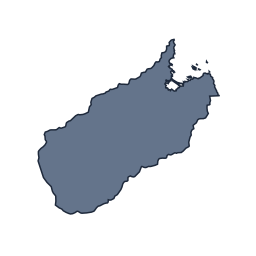 Breiðdalshreppur, Austurland, Iceland (Albers equal-area conic projection), rotated 283°
{"feature_id": "244011B15837177030035", "entity_name": "Breiðdalshreppur", "entity_type": "district", "adm_level": 2, "iso_a3": "ISL", "parent_name": "Iceland", "parent_adm1": "Austurland", "projection": "albers", "projection_center": [-14.121, 64.837], "detail": "fine", "context": "isolated", "style": "filled", "palette": "slate", "viewbox_px": 256, "rotation_deg": 283, "n_neighbors": 0, "source": "geoboundaries", "source_scale": "gbopen_adm2", "svg_char_len": 5991}
<svg xmlns="http://www.w3.org/2000/svg" viewBox="0 0 256 256"><g transform="rotate(283 128 128)"><path d="M82.3,46.6L79.0,47.9L75.8,47.8L75.0,48.2L60.7,56.8L56.8,61.3L53.6,66.4L49.5,68.5L47.7,70.0L45.9,72.4L45.4,72.9L40.5,74.2L36.6,74.6L34.7,78.9L34.1,81.8L32.8,83.6L31.9,86.6L31.4,89.5L31.3,91.3L32.1,93.4L33.6,95.4L35.3,97.0L35.5,97.7L35.5,98.3L34.6,100.9L34.6,102.2L36.0,106.8L37.2,109.8L37.8,111.3L39.2,113.4L39.9,113.9L43.3,115.3L45.2,116.6L45.8,118.0L48.8,121.5L49.9,123.5L50.3,124.7L50.6,125.0L51.5,125.3L53.7,124.9L53.7,125.0L53.6,126.2L54.0,127.6L56.1,130.1L58.7,130.5L60.7,132.6L66.4,134.9L69.2,135.4L72.4,135.5L74.1,136.1L75.2,136.9L75.8,138.6L76.2,139.3L76.8,139.7L79.8,139.1L80.5,139.4L81.8,141.1L81.8,141.5L81.5,142.0L81.5,144.1L81.7,144.7L82.2,145.5L87.9,149.0L93.0,149.7L93.6,150.0L93.7,150.3L93.3,152.4L93.3,153.6L93.7,154.7L95.2,156.6L95.4,158.0L95.7,158.9L97.7,162.7L99.3,164.9L102.6,164.5L104.5,164.9L105.4,165.7L106.4,168.3L106.9,171.0L107.3,171.8L107.8,172.2L110.0,172.3L111.3,173.3L111.4,173.6L111.3,175.0L111.4,175.6L111.8,176.4L114.3,179.1L114.4,179.4L114.3,180.9L115.1,182.0L116.1,185.4L118.0,187.0L121.4,189.0L123.4,191.3L124.2,191.7L127.8,190.4L133.1,190.5L135.3,191.2L137.8,190.3L139.6,190.5L140.9,191.0L142.1,192.3L145.0,190.9L145.5,191.0L148.4,193.4L151.7,194.1L152.6,194.9L153.2,195.9L154.1,199.4L155.3,201.3L160.2,203.0L162.2,201.5L165.1,200.5L167.1,200.1L168.0,200.0L168.9,202.1L169.3,202.5L171.2,202.0L173.3,202.2L177.4,200.4L180.1,210.0L180.4,208.4L182.3,207.5L183.4,206.2L184.6,205.7L185.3,204.8L186.1,204.4L187.3,203.2L189.1,203.0L190.0,201.9L190.7,201.3L192.6,201.3L193.7,200.8L195.0,199.3L196.2,199.1L197.0,197.0L198.9,196.1L199.1,194.7L199.0,194.4L199.7,193.3L199.0,193.9L198.5,193.2L198.7,192.5L198.6,192.0L198.9,190.7L198.6,190.3L198.5,189.7L197.3,189.1L196.3,189.4L195.8,189.2L192.9,186.7L192.6,185.9L192.2,185.9L191.9,185.5L191.8,184.8L192.1,182.8L192.1,180.8L191.7,181.0L190.4,180.2L190.0,179.8L190.0,178.3L188.4,177.9L188.3,177.5L188.4,176.8L188.4,176.5L188.6,175.8L188.6,175.5L188.3,176.0L187.8,176.3L187.0,176.0L186.5,175.5L186.2,173.5L186.2,173.0L185.5,173.2L185.0,172.7L185.4,171.7L185.1,171.8L184.9,172.3L182.7,171.5L182.3,171.9L182.6,172.1L182.6,172.3L181.3,172.4L180.8,170.5L181.0,170.1L180.4,170.8L181.0,168.6L181.3,168.1L180.9,168.0L181.0,168.2L180.7,169.0L179.0,168.9L178.7,168.6L178.5,167.8L177.6,167.5L176.3,166.2L175.3,166.7L175.0,166.5L174.8,165.6L174.5,165.3L174.4,164.5L175.7,161.8L174.1,160.9L174.7,160.6L174.8,160.2L174.1,158.9L174.3,158.5L175.1,158.3L175.6,157.9L175.6,157.5L175.9,157.2L175.8,156.8L175.9,156.6L175.5,156.2L175.7,155.7L177.3,155.3L178.1,155.7L178.9,154.3L179.2,154.1L179.8,154.1L180.1,154.9L180.3,154.6L181.1,154.6L181.8,155.6L182.5,155.2L182.5,154.6L182.7,154.3L183.4,154.4L183.4,154.7L183.1,155.4L182.9,157.3L183.4,157.3L183.4,157.6L180.4,156.7L180.2,157.1L183.5,158.2L183.5,158.8L184.3,158.4L185.3,158.8L184.0,160.9L181.3,167.5L181.1,167.4L181.3,167.6L181.5,167.6L181.4,167.6L182.6,164.4L183.8,162.1L182.9,165.2L182.9,166.1L183.1,166.6L182.7,167.2L182.7,167.9L183.4,170.7L183.6,170.4L183.4,168.9L183.5,165.8L184.9,161.4L185.9,159.6L186.7,159.0L188.4,158.6L188.4,159.7L188.6,159.7L188.7,159.1L188.9,159.0L190.0,159.3L190.8,158.0L191.8,157.1L192.5,156.9L193.5,157.6L193.3,158.7L193.3,159.2L193.0,159.9L192.6,159.8L193.0,159.9L192.9,160.3L192.3,160.2L192.4,159.9L192.2,159.9L192.2,160.2L192.9,160.4L192.8,160.9L192.4,161.0L192.7,161.0L193.9,159.7L194.0,159.4L193.9,158.8L195.3,157.6L195.4,156.6L195.7,156.2L195.8,155.4L196.2,155.1L196.5,154.3L197.0,153.6L197.5,153.8L197.5,154.5L199.1,155.0L199.0,156.3L199.2,156.1L199.2,155.7L199.8,155.8L199.6,156.9L199.6,157.4L200.4,155.4L200.5,154.8L200.2,154.3L200.3,154.1L202.3,152.9L203.6,153.1L205.6,154.4L205.7,154.6L205.7,155.0L206.2,155.4L206.7,156.9L206.9,156.8L206.8,156.4L207.0,156.1L209.5,155.9L210.7,156.2L210.9,156.9L213.5,155.6L214.1,155.9L214.6,155.4L215.4,155.1L216.0,154.6L217.4,154.5L219.5,155.2L219.8,155.1L220.7,153.9L222.2,152.9L223.2,152.9L224.1,153.3L224.7,152.9L223.7,150.9L223.1,150.2L220.7,148.9L220.2,148.9L219.7,149.4L217.7,149.6L217.4,149.3L216.7,147.5L216.4,147.2L213.5,147.9L211.2,147.6L209.8,146.4L208.9,144.2L208.7,144.1L206.0,144.1L204.1,144.7L202.5,143.8L199.9,143.6L199.0,142.2L199.0,141.5L198.7,140.4L197.3,139.7L194.7,139.2L191.6,137.4L190.9,136.3L190.3,134.5L189.6,133.4L186.4,132.4L185.7,130.6L184.6,128.7L181.9,128.5L180.7,128.1L177.5,124.6L177.1,123.6L176.5,120.1L176.3,119.7L174.8,118.9L171.6,118.8L170.5,118.1L170.3,117.8L169.7,113.9L169.2,111.9L169.1,111.0L169.3,109.9L169.2,109.5L167.7,108.8L165.1,108.7L162.3,104.4L161.9,103.4L161.8,102.2L161.5,101.8L159.7,101.0L158.1,98.5L156.8,97.9L155.6,96.0L155.0,94.3L152.1,89.5L150.4,88.3L148.7,86.3L144.7,86.0L142.5,86.9L139.9,85.7L134.5,85.8L132.2,82.9L131.1,81.1L130.0,77.9L130.0,76.7L129.7,76.0L128.1,74.2L122.2,70.3L121.4,68.8L119.6,67.1L118.8,66.8L115.9,66.9L114.9,66.4L112.7,62.8L112.7,62.3L113.0,61.4L112.9,60.8L110.4,58.8L109.9,57.8L108.9,53.6L108.5,52.5L106.7,50.4L105.4,48.3L102.7,47.9L101.5,48.9L98.0,50.0L97.4,50.6L96.7,51.5L95.7,51.8L93.0,51.0L90.8,49.7L88.4,47.7L85.9,46.3L84.8,46.0L82.3,46.6ZM191.7,178.4L192.6,177.4L192.0,176.1L191.6,176.4L191.3,177.1L191.3,177.8L191.7,177.8L191.7,178.4ZM201.2,178.0L201.5,177.2L200.3,178.1L200.2,178.4L200.5,178.4L200.5,178.7L200.2,179.3L201.1,178.8L201.3,178.5L201.2,178.0ZM201.8,181.0L202.5,179.3L202.4,179.2L202.9,177.6L202.5,177.9L202.4,178.5L201.8,179.2L202.0,180.0L201.6,180.9L201.8,181.0ZM190.8,176.3L191.3,175.7L191.3,175.0L191.1,174.6L190.9,175.0L191.0,175.3L190.4,176.1L190.5,176.4L190.8,176.3ZM201.0,185.1L201.3,184.3L201.4,183.4L201.2,183.4L200.8,184.1L200.8,184.9L201.0,185.1ZM209.6,190.7L210.0,190.1L210.5,189.6L209.6,189.7L209.4,190.6L209.6,190.7ZM200.8,179.7L200.7,179.4L200.5,179.7L200.1,179.7L200.1,180.1L200.3,180.1L200.3,180.5L200.8,179.7ZM205.1,181.3L205.7,180.3L205.7,179.9L205.0,181.2L205.1,181.3ZM200.6,195.6L201.3,194.5L201.0,194.6L200.6,195.6Z" fill="#64748b" stroke="#1e293b" stroke-width="1.5"/></g></svg>